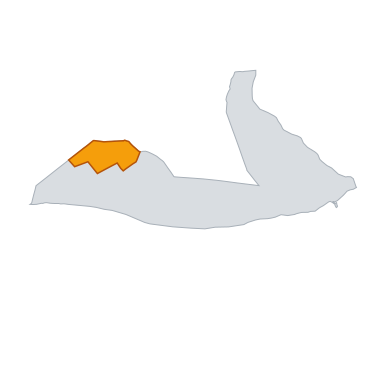 where Gedo sits in Somalia, rotated 52°
{"feature_id": "SOM-2314", "entity_name": "Gedo", "entity_type": "Region", "adm_level": 1, "iso_a3": "SOM", "parent_name": "Somalia", "parent_adm1": "", "projection": "orthographic", "projection_center": [41.827, 2.779], "detail": "fine", "context": "in_parent", "style": "filled", "palette": "amber", "viewbox_px": 384, "rotation_deg": 52, "n_neighbors": 0, "source": "natural_earth", "source_scale": "10m", "svg_char_len": 3199}
<svg xmlns="http://www.w3.org/2000/svg" viewBox="0 0 384 384"><g transform="rotate(52 192 192)"><path d="M102.1,325.7L101.8,324.9L99.9,322.5L96.4,318.0L93.8,314.5L91.0,311.0L91.0,308.2L91.0,299.9L90.9,283.2L90.9,266.5L90.8,249.9L90.8,241.5L90.8,238.1L91.1,237.6L94.2,234.5L98.2,230.4L103.6,222.7L106.5,218.6L109.0,215.1L109.6,214.0L111.7,211.9L115.8,210.6L118.3,210.4L126.9,208.9L128.2,208.2L128.9,207.5L129.6,205.8L131.3,203.5L133.5,201.9L137.6,199.8L141.6,198.0L142.5,197.7L147.3,196.6L148.5,196.2L150.5,195.8L151.3,195.8L158.0,196.2L163.2,196.4L168.7,196.8L169.2,196.5L173.0,192.4L179.0,185.7L182.8,181.5L188.7,175.0L193.2,170.3L198.2,165.1L203.0,160.3L208.8,154.6L212.5,151.0L218.1,145.4L223.5,140.0L228.2,135.3L221.6,135.4L215.1,135.4L208.7,135.4L207.6,134.8L202.2,133.1L195.3,130.8L186.8,127.9L180.8,125.9L174.4,123.8L167.8,121.7L162.7,120.0L156.3,117.9L150.8,116.1L150.0,115.7L146.9,112.9L142.9,109.2L142.1,109.1L140.2,108.4L138.4,106.4L136.7,103.9L135.0,100.7L134.3,98.5L132.1,97.6L131.0,95.9L129.0,93.4L127.6,92.2L127.1,91.1L126.5,88.9L125.3,86.5L124.2,85.1L124.0,84.4L124.0,84.0L126.0,80.8L126.9,79.6L128.0,78.5L128.8,77.4L129.1,76.6L131.6,72.8L133.7,69.4L135.4,66.8L139.2,69.8L142.9,75.9L147.2,80.8L153.2,85.3L155.6,86.9L157.7,87.7L168.5,87.5L176.1,83.3L183.0,80.3L185.4,79.7L189.4,80.5L193.9,80.7L197.9,81.6L199.9,81.4L207.8,77.8L212.7,74.4L216.0,72.9L217.4,72.9L222.0,74.1L227.9,73.5L235.9,70.5L238.5,69.9L240.5,69.9L244.9,71.2L245.6,71.1L248.0,70.8L254.2,69.4L259.0,67.2L268.0,65.7L274.7,61.7L275.8,59.8L277.8,57.5L280.8,56.7L288.5,59.4L289.7,59.6L289.4,61.3L289.2,63.0L287.7,66.0L286.8,69.3L287.7,74.4L288.3,82.6L288.1,83.8L287.7,85.0L287.5,85.9L286.7,86.2L286.3,86.8L286.9,87.0L289.3,86.1L289.2,85.1L289.4,84.6L291.4,85.7L292.8,86.1L293.2,87.2L293.1,87.9L290.9,87.6L289.7,87.0L286.4,87.9L284.4,88.9L283.9,90.6L283.6,97.0L282.9,101.2L282.9,106.8L280.3,110.5L279.4,113.1L275.5,118.3L273.5,122.8L272.9,124.9L269.5,131.1L264.7,135.8L263.1,141.8L261.4,145.5L259.5,148.9L255.2,155.0L253.1,159.3L250.4,166.6L249.6,171.2L242.0,184.7L234.0,195.4L229.0,204.5L219.9,215.0L207.6,228.6L191.3,244.7L186.9,248.0L169.0,257.9L157.4,266.2L151.5,271.9L145.3,276.8L140.3,281.5L125.4,297.3L123.8,298.8L122.4,300.2L120.5,302.9L119.2,303.9L115.6,308.4L113.4,310.8L110.9,313.1L109.8,314.7L109.1,316.6L108.2,317.6L106.0,322.1L104.0,325.0L102.0,327.3L102.1,325.7Z" fill="#d9dde1" stroke="#a8b0b8" stroke-width="1"/><path d="M109.0,215.1L109.2,214.7L109.5,214.5L109.6,214.2L109.6,213.6L109.7,213.2L110.1,212.9L111.5,212.1L112.6,211.2L113.3,210.8L113.9,210.7L115.6,210.7L117.1,210.6L119.4,210.3L122.5,209.7L125.4,209.2L126.8,209.0L127.7,208.6L128.4,208.2L128.8,208.9L133.0,216.0L133.8,217.6L133.4,221.2L133.0,229.9L133.0,233.2L129.6,233.6L123.1,233.1L121.9,239.6L121.3,243.0L119.2,255.2L104.1,255.4L99.8,268.9L90.8,269.5L90.8,269.1L90.8,266.7L90.8,264.2L90.8,261.7L90.8,259.2L90.8,256.8L90.8,254.3L90.8,252.2L90.8,250.1L90.9,248.0L90.9,245.9L90.9,244.4L90.8,241.7L90.8,239.2L90.8,238.1L91.1,237.6L91.8,236.9L93.4,235.3L95.0,233.7L96.6,232.1L98.3,230.5L99.3,229.0L100.3,227.5L101.3,226.1L102.4,224.6L104.0,222.2L105.7,219.8L107.3,217.5L109.0,215.1Z" fill="#f59e0b" stroke="#b45309" stroke-width="1.5"/></g></svg>